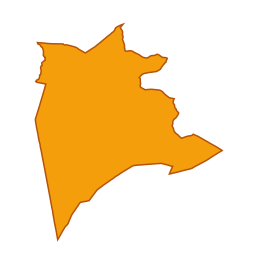 outline of Mosop, Rift Valley, Kenya, rotated 264°
{"feature_id": "3690345B59171839823035", "entity_name": "Mosop", "entity_type": "district", "adm_level": 2, "iso_a3": "KEN", "parent_name": "Kenya", "parent_adm1": "Rift Valley", "projection": "orthographic", "projection_center": [35.043, 0.418], "detail": "fine", "context": "isolated", "style": "filled", "palette": "amber", "viewbox_px": 256, "rotation_deg": 264, "n_neighbors": 0, "source": "geoboundaries", "source_scale": "gbopen_adm2", "svg_char_len": 5728}
<svg xmlns="http://www.w3.org/2000/svg" viewBox="0 0 256 256"><g transform="rotate(264 128 128)"><path d="M231.7,133.9L231.0,131.1L230.5,129.8L230.3,129.1L230.1,128.6L229.6,127.6L229.0,126.4L228.6,126.0L227.3,125.2L226.4,124.7L225.9,124.2L225.2,123.4L224.5,122.1L224.0,121.5L223.6,121.0L222.9,119.9L221.3,117.3L221.0,116.8L220.7,116.4L220.0,115.4L219.7,115.0L219.4,114.5L218.2,112.7L217.5,111.7L217.1,111.0L216.8,110.6L216.3,109.8L215.9,109.3L215.7,108.9L215.1,108.0L214.7,107.4L213.9,106.1L212.8,104.5L212.6,104.1L212.2,103.6L210.9,100.9L210.6,100.4L210.3,99.6L209.8,98.7L209.5,98.2L209.2,97.5L208.7,96.6L208.3,95.8L208.0,95.2L207.6,94.5L207.1,93.3L208.9,90.8L210.8,88.2L211.2,87.6L213.0,85.7L213.8,84.3L214.1,83.7L214.4,83.0L216.1,78.7L216.3,78.0L216.5,77.4L216.9,76.2L217.2,75.5L217.2,74.5L217.2,73.7L217.4,73.1L218.3,72.4L218.6,70.8L219.0,67.0L219.2,65.4L219.3,64.9L219.3,64.4L219.6,62.0L219.7,61.5L220.3,57.8L220.4,57.3L220.5,56.8L221.2,53.4L221.8,50.5L222.4,46.9L221.9,47.1L221.3,47.0L220.6,47.8L220.0,48.8L219.7,49.2L219.3,49.6L218.7,49.8L218.2,49.9L217.7,50.3L217.2,50.8L216.8,51.2L216.2,51.5L215.4,51.6L214.8,51.8L214.2,51.8L213.5,52.0L212.8,51.9L212.3,52.0L211.8,51.7L211.2,51.8L210.6,51.6L209.9,51.4L209.3,51.4L208.8,51.4L208.3,51.7L208.0,52.4L207.3,52.3L206.9,52.5L206.8,53.0L206.3,53.1L205.8,52.8L205.1,52.6L204.0,52.8L203.5,51.5L203.2,50.9L202.6,50.5L202.4,49.9L202.2,49.4L201.7,49.1L200.9,48.9L200.3,49.0L199.7,49.1L199.1,49.2L198.7,48.6L198.6,48.0L198.2,47.7L197.6,47.6L196.8,47.3L196.0,47.4L195.2,47.6L194.2,47.6L193.3,47.4L192.7,47.3L192.2,47.2L191.7,47.0L190.9,46.9L190.2,46.6L190.1,46.1L189.8,45.6L189.2,45.6L188.6,45.6L188.1,45.4L187.6,45.1L187.1,45.0L186.5,44.9L186.1,44.4L185.6,43.7L185.6,43.0L185.1,42.6L185.0,41.9L184.4,41.6L183.8,41.1L182.9,42.4L181.8,46.1L180.3,50.9L175.3,48.9L174.8,48.7L174.2,48.5L169.7,46.6L166.1,45.1L163.2,43.9L159.2,42.3L157.2,41.4L155.2,40.6L153.7,39.9L152.5,39.4L152.0,39.2L151.4,38.9L150.4,38.5L149.9,38.3L149.4,38.1L147.6,37.3L146.8,36.9L146.2,36.8L145.7,36.7L143.3,36.8L142.6,36.8L141.7,36.9L140.0,37.0L139.5,37.0L138.3,37.1L137.3,37.2L135.0,37.4L132.7,37.6L132.1,37.7L131.0,37.8L129.6,37.8L128.9,37.9L128.3,37.9L125.8,38.1L124.2,38.3L123.7,38.3L123.2,38.4L121.2,38.8L118.7,38.8L114.5,39.3L108.2,39.8L107.0,39.9L101.2,40.4L95.3,40.9L94.3,41.0L90.0,41.3L89.1,41.4L88.2,41.5L87.2,41.5L86.6,41.6L85.8,41.7L84.9,41.7L84.3,41.8L83.6,41.8L83.0,41.9L82.5,41.9L81.5,42.0L80.8,42.1L79.6,42.2L79.1,42.2L78.5,42.3L77.7,42.3L76.6,42.4L75.8,42.5L74.6,42.6L73.8,42.6L73.1,42.7L72.4,42.8L71.3,42.8L70.5,42.9L69.3,43.0L68.8,43.0L68.2,43.1L67.5,43.2L66.5,43.2L66.0,43.3L65.3,43.3L64.2,43.4L63.7,43.4L62.9,43.5L61.7,43.6L61.0,43.6L60.0,43.7L59.3,43.8L58.4,43.8L57.6,43.9L57.1,43.9L56.1,44.0L54.0,44.3L50.3,44.4L49.3,44.5L47.5,44.6L47.0,44.6L46.2,44.7L45.4,44.8L44.8,44.8L42.4,44.9L41.7,45.0L41.2,45.0L40.1,45.1L38.3,45.3L34.0,45.7L32.1,45.9L31.4,45.9L30.6,46.0L24.3,46.4L27.3,48.6L31.8,51.8L36.1,55.0L37.7,56.9L38.0,57.3L38.4,57.7L39.3,58.5L42.1,59.9L44.2,61.1L47.1,62.7L49.3,64.4L51.4,66.3L52.0,66.8L52.7,67.4L54.4,68.8L54.8,69.2L55.3,69.6L56.5,70.6L57.0,71.0L57.5,71.3L58.6,72.5L59.1,73.0L59.1,74.1L59.3,75.8L59.3,76.5L59.4,77.2L59.5,79.1L59.8,81.6L61.1,82.9L64.3,85.8L64.8,86.3L66.1,87.5L69.0,90.2L69.6,90.8L70.0,91.4L72.0,94.7L73.2,96.7L73.6,97.2L74.6,99.2L74.9,99.7L75.2,100.2L76.8,103.1L78.5,106.2L79.5,108.2L81.1,110.6L81.9,112.6L83.3,115.1L83.7,115.9L84.1,116.6L85.6,119.7L86.3,121.2L87.4,123.5L87.7,124.2L88.2,125.2L88.4,125.7L88.7,126.2L89.5,128.0L89.9,128.7L90.1,132.0L90.1,132.6L90.1,133.3L90.0,136.2L89.9,138.3L89.9,140.5L89.8,142.4L89.8,143.2L89.8,144.0L89.7,145.6L89.7,146.2L89.7,146.8L89.6,150.1L89.5,153.6L89.3,157.3L89.1,158.0L88.8,158.7L88.0,161.1L87.8,161.7L87.5,162.3L86.5,164.9L86.2,165.6L85.8,166.2L85.2,168.4L82.0,166.5L77.9,164.3L78.1,166.1L78.5,168.8L78.6,169.7L78.7,170.5L79.0,172.8L79.3,174.6L79.6,176.7L80.1,180.1L80.5,182.8L80.7,184.7L80.8,185.4L81.0,186.3L81.3,187.6L81.7,188.2L82.2,189.4L83.1,191.5L84.3,194.6L84.6,195.3L85.0,196.2L85.6,197.7L85.8,198.2L86.0,198.8L86.7,200.4L87.5,202.4L88.8,205.1L90.1,207.5L91.3,210.0L92.3,212.0L92.6,212.5L92.8,213.1L93.6,214.6L94.3,216.1L94.8,217.2L95.1,217.8L95.5,218.8L95.8,219.3L100.2,213.7L103.0,209.7L112.3,196.9L115.0,192.2L113.9,190.7L113.6,186.1L112.9,183.0L112.2,180.1L114.5,178.0L116.2,176.7L118.1,174.6L120.4,173.4L122.6,173.1L123.9,172.7L125.4,172.0L126.9,172.8L128.8,173.2L129.5,173.3L130.1,173.4L131.2,174.0L131.8,174.8L132.3,175.5L133.4,177.0L135.1,178.4L135.6,178.8L136.5,179.4L137.7,180.0L139.0,179.1L140.4,178.0L141.7,177.9L142.6,177.2L143.7,176.6L145.8,176.7L147.7,175.8L149.2,175.5L151.1,176.4L151.8,176.7L152.3,177.0L152.8,175.2L153.4,173.3L154.3,171.6L156.2,169.7L158.2,167.8L160.5,166.1L161.4,165.0L162.1,163.9L162.4,163.2L162.8,161.5L163.2,159.7L163.6,157.7L164.1,155.1L164.2,151.6L164.3,148.8L164.8,148.3L165.9,146.6L167.0,145.0L168.7,144.4L170.8,145.2L172.7,145.1L174.5,145.3L176.1,145.3L177.1,144.4L177.5,145.0L178.4,145.9L178.7,146.3L179.8,147.7L180.5,149.7L180.7,152.1L181.0,154.2L181.0,156.4L181.1,158.9L181.2,162.2L182.2,164.7L183.1,166.4L185.0,167.8L186.1,168.8L187.1,169.8L188.4,171.1L189.0,171.8L189.5,172.6L190.9,173.0L192.1,173.9L193.3,174.3L194.2,172.4L194.5,169.9L195.7,168.3L197.4,166.5L198.3,164.9L198.0,163.6L197.4,162.2L197.5,160.0L197.3,157.9L196.4,156.2L195.6,154.4L196.0,152.5L196.7,150.4L197.4,149.3L197.9,148.7L198.5,148.1L198.9,147.6L199.9,146.5L200.8,145.0L201.6,143.7L202.5,142.1L204.0,140.4L204.7,137.9L204.5,135.1L204.8,133.3L206.4,133.1L208.4,132.9L210.9,133.2L213.2,132.7L215.1,132.2L216.8,131.7L218.2,132.4L219.9,132.7L221.4,132.0L222.9,132.6L224.9,132.6L226.9,131.6L228.9,130.9L230.3,132.5L231.7,133.9Z" fill="#f59e0b" stroke="#b45309" stroke-width="1.5"/></g></svg>